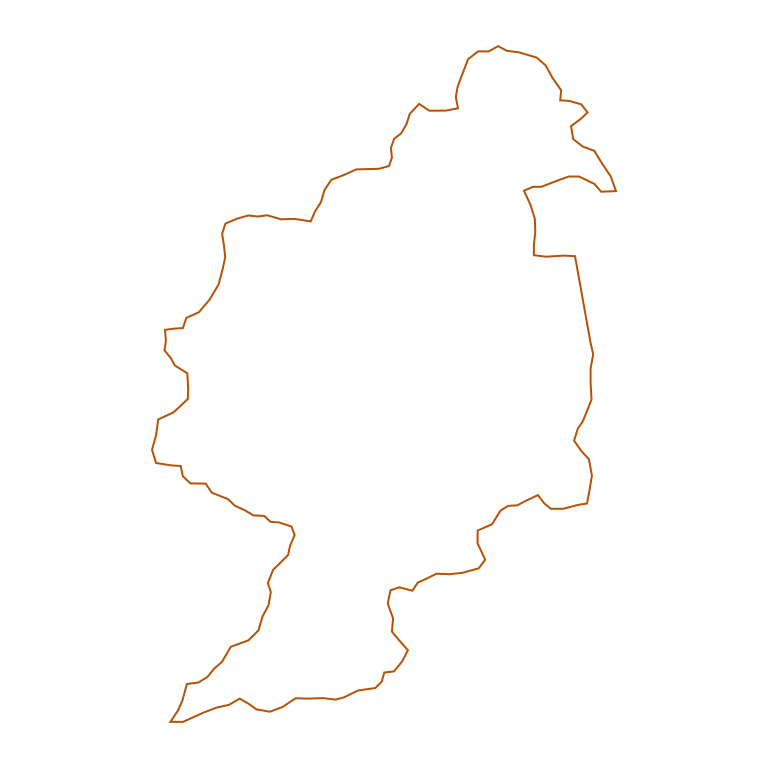 the district of Pereiras, São Paulo, Brazil
{"feature_id": "56859067B86538174057776", "entity_name": "Pereiras", "entity_type": "district", "adm_level": 2, "iso_a3": "BRA", "parent_name": "Brazil", "parent_adm1": "São Paulo", "projection": "mercator", "projection_center": [-47.981, -23.122], "detail": "fine", "context": "isolated", "style": "outline", "palette": "amber", "viewbox_px": 768, "rotation_deg": 0, "n_neighbors": 0, "source": "geoboundaries", "source_scale": "gbopen_adm2", "svg_char_len": 2334}
<svg xmlns="http://www.w3.org/2000/svg" viewBox="0 0 768 768"><path d="M587.0,503.5L589.6,489.8L591.9,475.6L588.9,459.2L580.9,450.5L574.1,440.6L577.8,428.7L583.0,420.8L587.0,411.1L591.5,399.6L590.6,382.5L590.6,368.3L593.2,354.3L590.6,343.0L575.0,256.2L564.2,255.6L545.9,256.7L533.9,255.2L533.9,244.4L535.3,232.0L534.8,218.7L530.4,204.7L524.0,190.7L533.0,186.8L541.4,186.8L556.7,180.9L568.7,176.5L579.0,176.5L594.3,183.9L601.2,191.7L616.0,191.1L610.8,176.5L601.8,163.1L594.3,150.8L582.6,146.5L573.2,139.1L571.0,126.2L581.2,118.5L587.5,112.4L581.2,104.3L569.2,100.9L560.2,100.3L561.2,90.3L552.7,78.2L545.6,65.4L536.7,57.6L518.8,52.3L506.8,50.8L498.2,46.1L488.7,51.4L478.1,51.4L468.1,59.1L461.2,77.1L457.5,87.3L455.8,97.1L458.0,108.3L445.9,110.6L429.3,110.7L419.1,103.9L409.7,114.0L406.5,124.2L401.1,133.4L394.2,138.7L390.9,148.0L391.9,157.6L389.1,166.0L378.9,168.8L356.2,169.4L344.6,174.7L331.2,179.9L324.4,190.2L320.9,202.3L315.0,211.5L310.7,221.4L294.5,218.9L281.1,219.3L267.3,215.3L257.6,216.5L248.2,215.5L236.9,218.7L225.4,223.6L222.1,233.9L224.0,245.6L225.2,257.3L222.6,269.2L218.6,284.4L209.7,299.5L198.9,312.2L186.4,317.8L182.9,328.1L174.1,328.6L165.0,329.9L165.9,341.1L164.5,350.4L170.8,358.1L174.9,365.5L187.3,373.3L188.2,389.7L187.8,399.0L173.5,412.4L158.2,419.4L156.1,434.8L152.0,449.9L156.1,463.0L171.3,465.4L180.7,466.0L182.8,476.2L190.4,483.4L205.7,483.6L211.8,492.7L228.0,499.1L234.8,505.7L244.9,510.3L253.4,515.4L264.2,515.9L270.5,521.8L278.8,522.4L291.5,526.5L294.6,535.1L289.9,546.2L288.2,554.9L273.1,569.9L267.9,583.0L270.8,592.2L268.5,605.3L262.5,616.5L258.5,630.3L248.5,640.3L230.8,646.8L222.1,661.7L214.3,668.5L207.5,676.9L198.4,682.5L186.9,684.0L182.4,700.5L177.9,710.7L170.4,721.9L182.9,721.9L203.5,712.6L216.9,707.5L228.9,704.9L239.7,698.6L249.1,704.1L256.5,709.4L269.9,711.7L282.5,707.0L295.5,698.3L309.3,698.6L323.0,698.1L335.7,699.6L344.1,697.3L358.0,690.5L375.4,688.0L381.7,681.6L384.3,672.5L394.0,671.4L402.2,661.3L407.9,650.2L399.1,640.3L391.9,631.6L393.1,618.5L387.7,603.4L390.5,590.3L399.4,587.3L412.4,590.7L417.8,582.6L428.5,577.7L436.5,573.7L449.2,574.2L462.0,572.9L478.6,568.4L485.2,559.7L477.5,543.2L477.7,530.5L492.0,524.3L500.5,510.6L508.0,505.9L517.4,505.3L525.9,500.8L537.9,495.1L544.2,503.3L550.8,508.8L563.0,508.8L578.6,504.8L587.0,503.5Z" fill="none" stroke="#b45309" stroke-width="2"/></svg>